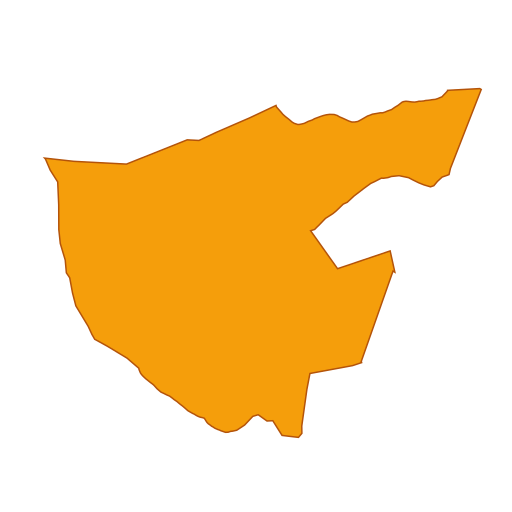 outline of La Pansee, Castries, Saint Lucia, rotated 183°
{"feature_id": "8701671B22615930928090", "entity_name": "La Pansee", "entity_type": "district", "adm_level": 2, "iso_a3": "LCA", "parent_name": "Saint Lucia", "parent_adm1": "Castries", "projection": "equal_earth", "projection_center": [-60.983, 14.014], "detail": "fine", "context": "isolated", "style": "filled", "palette": "amber", "viewbox_px": 512, "rotation_deg": 183, "n_neighbors": 0, "source": "geoboundaries", "source_scale": "gbopen_adm2", "svg_char_len": 2515}
<svg xmlns="http://www.w3.org/2000/svg" viewBox="0 0 512 512"><g transform="rotate(183 256 256)"><path d="M472.2,342.7L471.3,341.8L466.0,331.0L457.9,319.6L455.7,296.7L454.3,272.1L452.1,258.2L446.3,242.0L444.5,229.3L440.9,224.5L437.3,209.5L433.3,196.8L419.9,177.0L415.8,169.2L412.7,164.4L400.1,158.3L379.5,147.3L367.2,137.8L366.9,136.6L366.5,135.7L365.8,134.2L365.3,133.2L364.4,132.0L363.1,130.6L361.4,129.1L359.5,127.5L357.9,126.4L356.4,125.3L354.6,124.0L352.6,122.7L351.2,121.6L349.5,119.9L347.8,118.2L346.0,116.8L343.8,115.1L341.0,114.0L337.6,112.5L335.0,111.6L331.7,109.4L330.4,108.4L328.9,107.5L327.1,106.4L325.6,105.2L323.7,103.8L321.9,102.6L320.8,101.8L319.0,100.4L317.0,98.8L316.0,98.0L314.1,97.0L310.9,95.4L310.0,95.1L308.6,94.4L307.2,93.6L305.6,92.9L303.9,92.3L303.1,92.1L301.1,91.8L299.4,91.4L298.3,90.2L297.4,88.8L296.2,87.2L294.9,86.0L292.8,84.7L291.3,83.6L290.5,83.3L287.9,81.8L286.0,81.1L285.0,80.7L283.4,80.3L282.1,79.7L280.3,79.2L277.2,78.3L274.5,78.6L272.3,79.5L270.0,79.9L266.1,81.0L258.5,86.6L250.8,95.7L245.5,97.6L236.4,91.8L230.6,92.4L220.6,78.2L213.5,77.7L204.1,77.1L200.9,81.3L201.4,88.6L198.2,125.5L196.0,141.5L153.8,151.6L144.3,155.3L145.7,155.1L118.4,248.1L116.5,247.1L122.3,268.1L173.9,247.6L202.8,284.1L198.8,285.6L196.7,288.0L194.9,289.9L188.6,297.2L181.5,302.3L178.3,305.2L171.6,312.4L167.7,314.4L161.2,321.1L151.5,329.4L145.2,334.5L141.6,336.4L134.9,340.3L132.8,340.3L128.3,341.2L125.0,342.5L117.3,343.7L107.7,342.2L103.6,340.3L97.3,337.6L92.0,335.8L85.4,334.2L82.1,335.5L78.7,340.0L74.2,344.6L69.3,346.6L67.5,347.4L66.4,353.7L56.0,385.2L39.8,434.1L41.3,434.9L74.0,431.4L73.1,431.2L74.5,429.5L76.3,427.4L77.0,426.6L78.6,424.7L81.0,423.6L82.3,422.9L84.6,422.0L85.2,421.8L88.5,421.3L89.6,421.0L92.3,420.5L94.7,420.2L96.7,419.6L99.4,419.2L101.3,419.1L103.3,418.5L105.5,418.0L108.4,418.0L111.9,418.3L114.3,418.4L116.4,418.0L118.0,417.4L119.4,416.2L121.9,414.0L125.4,411.6L128.3,409.3L132.5,407.6L134.4,406.6L137.1,405.6L139.4,405.5L142.8,404.7L147.3,403.7L149.1,402.8L152.0,401.6L156.0,399.0L158.3,397.5L161.3,395.7L164.3,395.0L167.3,394.8L170.5,395.7L173.7,397.0L177.0,398.3L179.8,399.3L182.3,400.6L185.4,401.4L189.9,401.3L193.1,400.7L196.1,399.8L198.9,398.7L204.7,396.2L206.9,394.8L210.8,393.2L214.7,391.0L217.3,390.2L219.4,389.7L221.1,389.5L224.8,390.5L226.9,391.6L230.4,394.3L234.1,396.9L236.6,398.9L238.9,401.4L243.3,405.8L243.9,407.4L269.8,393.5L302.0,377.5L319.0,368.4L330.8,368.4L390.2,341.0L442.8,341.0L472.2,342.7Z" fill="#f59e0b" stroke="#b45309" stroke-width="1.5"/></g></svg>